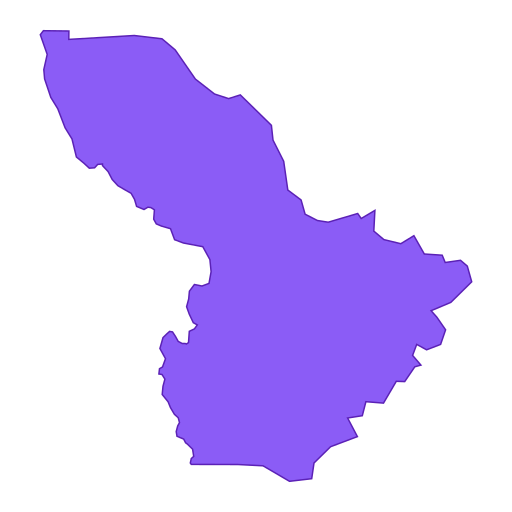 Summit, Colorado, United States of America
{"feature_id": "52423323B9243197654665", "entity_name": "Summit", "entity_type": "district", "adm_level": 2, "iso_a3": "USA", "parent_name": "United States of America", "parent_adm1": "Colorado", "projection": "robinson", "projection_center": [-106.158, 39.642], "detail": "fine", "context": "isolated", "style": "filled", "palette": "violet", "viewbox_px": 512, "rotation_deg": 0, "n_neighbors": 0, "source": "geoboundaries", "source_scale": "gbopen_adm2", "svg_char_len": 1755}
<svg xmlns="http://www.w3.org/2000/svg" viewBox="0 0 512 512"><path d="M43.4,30.7L40.3,34.7L47.2,54.4L43.8,69.6L44.6,78.9L50.8,97.4L57.8,108.8L65.1,127.8L72.0,139.0L76.4,157.0L83.8,163.1L89.3,168.2L94.6,167.8L97.7,164.4L102.5,164.0L102.5,165.6L108.1,171.6L112.2,179.5L117.9,185.7L124.9,189.8L131.1,193.3L134.5,199.3L136.6,206.4L144.0,209.5L147.9,207.2L150.9,207.6L154.4,209.8L154.1,213.9L153.7,219.2L156.3,223.9L161.5,226.1L170.5,228.7L174.6,239.7L183.4,243.0L202.8,246.7L209.9,259.6L211.1,271.7L209.0,283.4L202.0,286.0L194.4,284.5L189.4,291.2L188.7,298.9L186.6,306.7L189.2,314.0L193.3,322.7L197.3,324.9L194.4,328.9L189.3,331.3L188.7,339.8L188.5,342.6L186.4,344.0L185.2,343.5L182.2,343.5L178.2,341.4L175.5,336.5L172.5,331.9L169.6,331.4L166.9,333.8L163.0,337.6L159.9,348.5L165.5,358.7L162.5,367.0L159.5,368.7L158.9,374.0L162.0,374.5L164.9,379.1L163.0,386.2L162.2,394.5L168.1,401.8L170.5,407.7L174.4,414.3L178.2,417.7L179.5,422.6L177.7,425.9L176.2,431.6L177.0,436.3L183.7,439.1L185.6,442.8L187.4,444.1L192.6,449.2L193.7,456.4L191.3,458.5L190.3,463.0L191.3,464.4L237.7,464.5L263.0,465.8L289.5,481.3L311.7,478.7L314.0,463.0L330.6,446.7L357.4,436.6L347.6,418.0L362.3,415.7L365.9,401.7L383.5,403.1L396.3,381.3L404.7,381.6L414.8,366.8L420.9,365.1L412.6,355.4L416.7,344.4L426.6,349.8L440.6,344.4L445.6,329.8L436.8,317.1L431.1,310.7L450.8,302.4L471.7,281.8L467.3,266.1L460.5,260.3L445.2,262.5L442.2,255.2L424.3,254.0L413.9,235.7L400.8,243.7L383.9,239.6L373.8,231.1L374.9,210.4L361.2,218.5L357.7,213.5L328.2,222.2L317.4,220.5L305.1,214.2L301.1,200.0L287.8,190.0L283.7,161.3L273.0,140.1L271.4,125.3L240.3,94.9L228.6,98.6L214.5,94.0L195.4,79.1L175.2,49.9L162.0,38.8L134.2,35.5L68.8,39.4L68.9,31.0L43.4,30.7Z" fill="#8b5cf6" stroke="#5b21b6" stroke-width="1.5"/></svg>